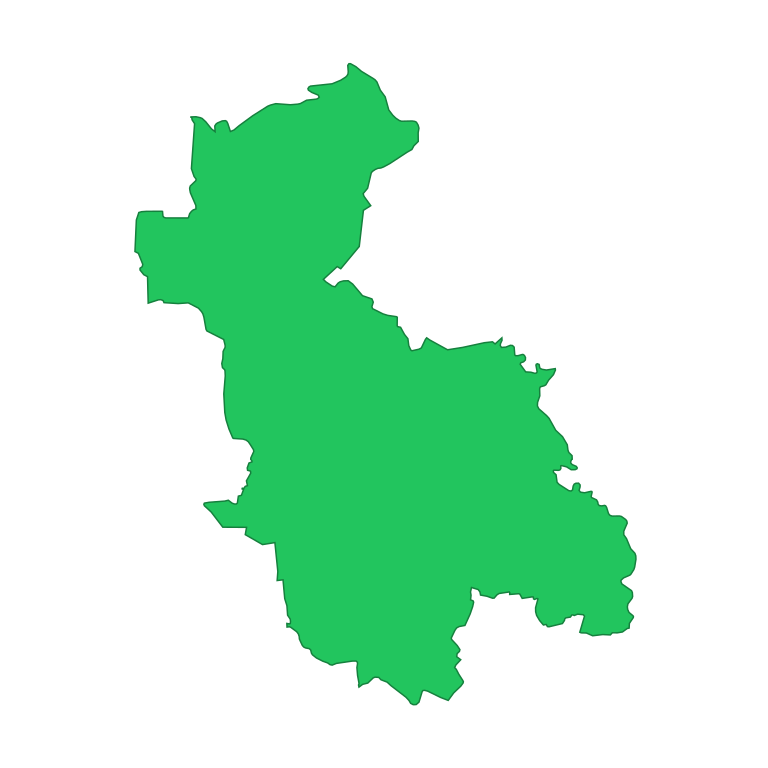 Dong Son, Thanh Hóa, Vietnam, rotated 176°
{"feature_id": "81297802B98540731986743", "entity_name": "Dong Son", "entity_type": "district", "adm_level": 2, "iso_a3": "VNM", "parent_name": "Vietnam", "parent_adm1": "Thanh Hóa", "projection": "mercator", "projection_center": [105.69, 19.795], "detail": "fine", "context": "isolated", "style": "filled", "palette": "green", "viewbox_px": 768, "rotation_deg": 176, "n_neighbors": 0, "source": "geoboundaries", "source_scale": "gbopen_adm2", "svg_char_len": 6125}
<svg xmlns="http://www.w3.org/2000/svg" viewBox="0 0 768 768"><g transform="rotate(176 384 384)"><path d="M497.7,148.3L495.2,148.4L494.0,147.8L488.4,143.0L486.9,140.7L486.2,138.0L486.2,135.5L485.4,133.3L483.7,128.9L482.4,127.2L480.7,126.2L477.0,125.2L475.7,123.8L475.1,120.4L474.2,118.8L470.5,115.4L464.3,111.7L459.7,109.7L457.4,107.8L455.3,107.2L451.0,108.6L435.0,109.8L431.2,109.6L430.0,108.4L429.9,107.0L430.8,103.0L430.7,95.2L429.8,86.9L430.4,85.5L430.1,83.4L426.2,85.9L421.0,86.8L415.2,91.6L413.4,92.2L409.7,91.7L407.7,89.2L401.7,86.4L398.1,82.6L383.9,70.0L381.1,66.5L379.7,63.6L377.3,62.1L375.6,62.0L374.2,62.0L371.3,64.2L367.4,74.5L366.6,75.5L364.9,75.6L361.9,74.6L349.3,67.3L342.0,63.9L336.0,71.0L328.4,77.3L325.9,80.3L325.6,81.6L326.1,82.8L329.7,89.4L331.8,94.3L333.3,96.2L331.9,98.7L326.7,103.6L330.5,106.9L329.9,109.9L327.4,112.0L326.8,113.7L329.2,118.0L334.4,124.5L334.6,125.9L330.5,133.2L328.6,135.6L326.0,136.8L320.1,137.5L314.1,148.6L311.1,155.7L309.8,160.1L310.2,161.4L312.7,162.7L311.9,167.2L312.2,170.5L310.9,174.9L304.4,172.4L302.8,169.9L302.4,166.7L296.1,165.1L290.8,162.8L289.1,162.7L286.0,165.8L283.8,167.0L273.5,167.8L273.1,167.1L273.3,165.3L264.4,165.4L263.2,165.0L261.1,160.5L251.2,161.3L249.9,161.0L249.8,159.2L248.9,158.6L246.3,159.4L245.4,158.9L248.4,150.2L248.6,146.2L247.9,142.5L245.2,137.1L241.8,132.5L238.9,132.8L237.9,130.6L236.3,130.3L222.7,132.6L220.5,135.5L220.0,137.2L219.0,138.0L214.3,138.5L212.8,140.4L211.6,140.5L210.4,139.8L206.9,140.9L201.2,139.9L200.2,138.4L206.0,122.7L204.7,122.0L199.5,121.5L193.4,118.3L183.3,118.8L175.7,117.9L173.6,119.9L168.6,119.5L163.4,120.0L158.5,123.1L156.5,123.4L155.9,128.1L151.6,133.6L151.4,134.8L151.9,135.6L155.5,139.0L156.6,141.9L156.8,144.7L156.0,147.7L151.5,152.9L150.8,154.7L150.8,158.7L151.5,160.6L160.7,168.0L161.5,170.9L161.0,171.9L158.5,173.9L152.0,176.2L151.0,177.0L147.7,181.5L146.7,183.9L144.9,191.6L144.8,195.0L145.5,197.6L149.4,202.5L152.9,212.9L155.3,216.8L155.1,220.4L151.1,228.2L151.3,230.3L152.4,232.0L156.4,235.3L158.3,235.9L165.7,236.3L168.0,237.4L169.1,239.2L170.5,245.2L171.4,247.0L172.4,247.5L175.3,247.2L177.7,247.7L178.8,249.1L179.0,251.3L180.1,253.6L184.9,256.3L185.2,257.4L184.0,261.3L184.1,262.2L184.9,262.5L191.5,261.5L195.6,262.4L196.8,264.3L195.6,267.6L195.4,269.6L196.8,271.5L199.6,271.6L201.3,270.8L202.4,269.0L203.3,265.2L204.8,264.2L207.1,264.7L216.3,271.6L218.2,273.9L218.7,281.5L221.1,284.0L221.1,285.7L220.5,286.2L215.9,285.7L214.5,286.0L213.5,287.3L213.4,290.0L212.5,290.2L207.6,288.6L203.2,285.4L199.2,285.2L197.4,286.0L197.1,286.9L197.9,288.4L201.9,290.5L203.2,292.1L203.1,293.7L202.1,295.6L201.5,295.8L201.4,299.4L204.4,302.8L205.1,305.1L205.4,310.6L209.6,319.0L215.9,325.8L221.7,338.2L223.9,341.0L231.3,348.5L232.5,351.4L232.1,354.9L229.4,361.3L229.1,368.2L228.7,369.6L228.1,370.3L224.2,371.1L222.6,371.9L219.5,376.4L214.3,381.5L212.0,386.0L212.1,387.4L221.0,386.6L225.5,387.7L227.1,388.7L227.5,389.4L227.9,392.7L229.6,393.5L230.7,393.1L231.1,392.2L230.4,385.5L231.1,384.4L232.7,384.1L236.6,385.5L241.8,386.2L246.8,394.2L246.1,395.6L243.2,396.4L241.3,398.1L241.0,400.5L241.9,402.7L243.1,403.7L244.0,403.8L248.4,402.9L250.9,403.1L251.5,404.0L251.6,411.7L253.1,413.4L255.2,413.8L259.9,412.3L264.3,412.3L265.4,414.4L264.9,416.3L263.2,419.4L263.2,421.8L270.4,416.2L272.8,418.5L280.9,418.2L303.1,415.0L318.2,413.7L335.4,424.8L338.2,427.1L339.5,425.7L344.2,417.4L346.6,416.3L353.8,415.2L354.9,416.0L356.6,420.5L357.0,427.5L360.1,432.0L363.5,439.4L366.4,440.3L366.8,441.2L366.1,449.7L366.9,450.3L375.5,452.2L380.1,454.0L390.1,459.9L390.7,461.9L389.0,466.4L390.1,469.7L399.3,473.6L408.3,485.9L412.5,489.5L417.2,489.7L420.7,489.0L422.7,487.9L426.0,484.4L428.7,485.2L434.7,489.8L437.2,492.6L422.5,504.4L419.1,502.0L399.1,522.9L392.4,558.7L384.8,562.8L390.9,572.7L391.5,575.4L386.7,580.4L382.0,595.5L380.7,596.9L377.8,598.6L375.0,599.6L372.1,599.7L369.2,600.6L362.8,603.5L345.0,613.5L339.8,616.0L337.6,619.5L332.9,623.6L332.4,632.2L331.3,636.8L331.9,639.9L333.4,642.9L334.9,643.8L337.6,644.4L348.2,644.9L350.4,645.8L353.7,648.4L356.5,651.5L360.1,657.0L362.8,670.4L367.2,677.4L370.0,685.8L371.8,688.2L373.7,689.7L384.6,697.4L389.9,702.5L395.1,705.9L396.6,706.0L397.9,704.4L397.9,698.0L398.3,695.8L399.3,694.2L400.9,692.8L406.1,690.0L414.8,687.1L436.6,686.3L438.2,685.5L439.3,683.9L438.9,682.4L435.7,679.9L429.5,676.8L428.6,674.6L429.9,673.5L431.5,672.9L441.4,672.5L447.8,669.6L450.5,669.2L457.9,669.1L472.4,671.2L477.7,670.2L480.7,669.2L496.2,660.8L510.5,651.8L516.0,647.8L519.6,646.6L521.7,654.9L522.7,657.1L524.0,657.8L527.1,657.7L532.0,656.0L533.5,655.0L534.8,653.2L534.9,647.5L538.3,650.5L543.5,658.0L546.9,661.6L548.7,662.5L552.9,663.7L558.6,663.9L557.2,663.3L557.0,660.9L554.8,656.9L561.1,612.3L559.0,604.3L557.1,601.4L557.6,599.9L563.4,595.1L564.2,593.0L564.2,591.5L563.8,588.2L559.2,575.1L559.4,571.7L562.1,571.0L564.0,569.7L566.0,567.5L567.4,563.8L568.0,563.3L590.2,564.9L591.9,565.6L592.8,567.0L592.9,571.6L593.4,571.8L608.9,572.8L613.8,572.8L616.6,572.2L619.6,564.9L623.2,533.5L619.9,531.5L616.3,520.2L617.0,517.9L619.3,516.5L619.4,514.7L616.0,509.8L612.4,507.6L613.6,481.1L603.1,483.7L600.7,483.7L598.5,482.6L597.8,480.5L583.8,478.6L573.6,478.6L563.8,472.6L560.9,468.8L559.8,466.6L559.0,463.2L557.7,450.9L556.9,449.2L540.8,439.6L539.8,433.8L539.9,431.7L542.2,427.8L543.0,420.5L544.4,415.7L544.0,411.6L541.9,409.3L541.7,408.0L541.8,403.1L544.5,385.3L544.8,366.7L544.0,359.1L541.8,349.9L538.6,340.7L538.0,340.2L528.6,338.9L525.5,337.7L523.4,335.9L521.4,332.5L518.8,327.6L518.6,325.8L522.0,319.5L522.2,318.2L521.1,316.5L521.2,315.5L524.2,314.6L526.3,309.8L526.1,307.4L523.6,306.6L523.2,306.1L523.2,304.3L528.0,297.0L527.3,292.1L529.5,291.6L531.4,289.4L532.6,289.9L532.9,289.3L531.5,288.5L534.0,282.9L537.1,282.3L538.6,275.4L539.7,274.6L541.5,274.7L543.8,275.7L547.4,278.9L551.0,278.3L566.8,278.2L571.5,277.7L572.1,276.6L571.7,275.1L565.3,268.3L554.8,252.4L531.1,250.6L532.9,243.4L516.4,232.3L503.9,233.4L503.0,204.3L504.3,195.4L498.4,195.7L498.0,176.8L496.3,169.6L496.3,160.1L494.0,156.1L493.8,153.9L494.2,151.6L495.0,151.3L497.6,151.9L497.7,148.3Z" fill="#22c55e" stroke="#15803d" stroke-width="1.5"/></g></svg>